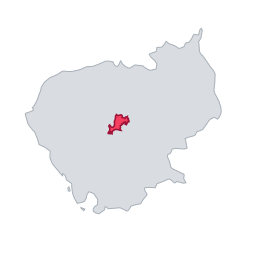 Kampong Svay, Kâmpóng Thum, Cambodia shown in context, rotated 347°
{"feature_id": "14789045B4566000056462", "entity_name": "Kampong Svay", "entity_type": "district", "adm_level": 2, "iso_a3": "KHM", "parent_name": "Cambodia", "parent_adm1": "Kâmpóng Thum", "projection": "mercator", "projection_center": [104.694, 12.753], "detail": "fine", "context": "in_parent", "style": "filled", "palette": "rose", "viewbox_px": 256, "rotation_deg": 347, "n_neighbors": 0, "source": "geoboundaries", "source_scale": "gbopen_adm2", "svg_char_len": 6559}
<svg xmlns="http://www.w3.org/2000/svg" viewBox="0 0 256 256"><g transform="rotate(347 128 128)"><path d="M221.8,47.3L222.4,49.4L220.8,53.3L219.2,56.9L216.1,60.0L216.0,62.3L214.9,69.2L215.3,71.4L216.0,73.2L217.0,74.2L219.7,80.9L222.1,87.0L224.5,92.0L225.0,95.2L222.8,103.2L220.2,110.6L220.4,114.2L221.5,117.9L222.7,122.8L223.1,129.0L222.5,133.1L221.3,135.6L219.1,138.2L217.2,139.5L214.9,137.3L213.0,137.2L210.5,137.9L208.6,138.9L204.6,142.7L200.2,146.4L194.1,147.3L191.7,150.1L189.2,150.5L184.4,150.6L181.2,151.2L181.4,152.6L181.1,159.1L181.2,160.6L180.7,161.0L178.5,161.2L174.8,160.2L169.8,158.6L166.3,158.4L164.5,161.2L163.4,162.3L162.0,162.5L160.6,163.0L160.1,164.2L160.0,165.8L160.7,168.5L161.0,172.8L160.8,175.7L162.1,177.6L169.7,183.8L172.0,185.4L172.2,186.3L170.9,189.7L172.1,194.4L169.7,194.3L165.7,192.3L163.8,191.0L161.5,192.0L160.7,191.8L159.1,189.5L157.1,187.1L155.0,187.0L150.5,187.9L146.0,188.6L144.3,188.5L143.6,189.0L140.9,192.5L139.8,191.9L135.2,190.6L131.0,190.0L130.2,191.0L130.7,193.9L131.6,196.7L131.1,197.9L128.8,199.4L125.7,202.0L123.9,204.1L122.6,204.6L118.0,204.5L113.4,204.8L111.5,206.8L109.8,208.3L108.3,208.7L102.3,203.9L90.4,202.2L89.1,200.0L87.9,199.6L86.8,202.4L80.3,205.1L77.5,203.5L75.5,201.5L75.8,199.1L77.7,197.2L81.0,195.8L82.5,190.8L80.0,184.5L77.8,182.7L75.5,181.3L73.1,183.6L71.1,187.6L69.0,189.7L66.0,190.1L61.6,190.0L59.9,184.0L59.3,178.8L59.9,173.0L60.6,169.5L56.4,164.7L56.1,160.1L54.1,157.8L53.5,159.0L53.6,160.3L53.0,159.3L46.3,145.9L45.2,139.7L46.4,134.9L47.0,133.3L45.1,130.8L42.4,127.9L37.6,124.1L37.3,118.2L36.2,111.1L34.8,108.8L32.6,104.4L31.4,100.9L31.0,91.4L31.6,90.6L35.0,90.3L39.4,89.6L40.1,88.1L39.3,86.8L42.1,84.7L46.0,80.0L49.1,75.0L51.3,71.9L52.7,68.8L57.1,64.4L63.3,61.4L67.5,60.7L71.9,59.7L76.0,58.2L78.0,58.0L83.2,59.8L86.0,60.3L89.0,60.3L92.0,60.4L94.7,60.3L101.0,59.0L107.8,60.0L113.8,59.2L121.3,57.8L124.9,58.7L128.3,60.1L128.7,63.0L129.5,64.4L130.6,65.4L132.1,65.4L134.0,63.4L135.6,61.3L136.1,60.9L136.2,61.9L137.0,64.2L138.4,66.4L139.8,67.9L142.2,69.8L143.8,69.9L148.9,68.1L156.5,70.8L157.4,72.1L159.9,74.9L162.6,76.8L168.5,77.0L170.6,72.1L169.6,69.2L166.2,64.0L165.3,61.0L166.4,60.5L172.1,59.9L173.1,59.3L174.3,56.0L175.9,56.3L179.1,56.8L182.5,54.5L184.5,52.1L185.6,53.2L186.7,54.9L188.0,55.8L190.5,57.3L193.1,59.3L194.8,61.3L196.1,62.1L199.6,61.5L200.5,61.6L202.5,59.2L203.9,57.9L205.0,58.2L206.8,58.2L210.3,55.1L212.4,52.3L213.5,51.6L216.7,53.0L218.0,52.7L219.8,48.8L221.8,47.3ZM57.6,176.1L57.0,176.4L56.4,176.4L55.7,175.9L55.8,173.7L56.3,172.4L57.3,172.2L57.6,176.1ZM67.7,197.3L66.3,198.7L64.2,195.7L64.2,194.9L67.7,197.3Z" fill="#d9dde1" stroke="#a8b0b8" stroke-width="1"/><path d="M120.7,128.8L120.6,128.6L120.5,128.4L120.4,128.1L120.2,127.9L120.1,127.7L120.1,127.4L120.1,127.1L120.1,126.6L120.4,126.5L120.5,126.4L120.7,126.0L120.8,125.9L120.8,125.6L120.9,125.2L120.9,124.7L120.9,124.4L120.9,124.2L121.1,123.9L121.3,123.8L122.1,123.8L122.3,123.8L122.6,123.7L122.8,123.5L122.8,123.3L123.0,123.2L122.8,122.9L122.8,122.7L123.1,122.8L123.9,122.8L124.5,122.6L124.5,122.4L124.5,122.2L124.6,121.6L125.1,121.5L125.4,121.4L125.7,121.4L126.1,121.5L126.4,121.5L126.2,122.0L126.3,122.3L126.5,122.9L126.2,122.9L126.2,123.0L126.3,123.1L126.3,123.3L126.2,123.4L126.0,123.6L126.3,123.8L126.5,123.7L126.7,123.8L126.8,123.8L126.8,124.0L127.0,124.3L127.4,123.7L127.6,123.7L127.8,123.6L127.9,123.4L128.1,123.4L128.1,123.1L127.8,123.3L127.7,123.4L127.5,123.0L127.5,122.8L127.6,122.7L127.8,122.6L128.0,122.7L128.1,122.8L128.1,122.7L128.0,122.3L128.0,122.2L128.3,122.3L128.5,122.2L128.8,122.3L129.2,122.3L129.5,122.3L129.7,122.2L129.8,122.2L130.1,122.1L130.4,122.1L130.5,122.0L130.5,121.8L130.4,121.6L130.5,121.3L130.5,121.1L130.4,121.0L130.2,120.8L130.2,120.6L130.3,120.4L130.2,120.3L130.2,120.5L130.0,120.3L130.0,120.2L130.0,119.9L130.3,119.9L130.4,119.5L130.4,119.4L130.2,119.6L130.3,119.3L130.2,119.3L130.1,119.2L130.0,118.8L130.0,118.5L129.9,118.1L129.7,117.9L129.5,117.7L129.4,117.5L129.5,117.2L129.7,116.9L129.8,116.8L129.9,116.6L129.5,116.7L129.2,116.9L128.9,116.9L128.4,116.7L128.0,116.8L127.8,116.9L127.6,117.1L127.5,117.3L127.4,117.8L127.2,117.9L127.2,117.7L126.9,117.5L125.0,116.6L124.6,116.5L124.5,116.4L124.6,116.2L124.9,115.9L124.9,115.6L125.0,115.5L125.1,115.4L125.2,115.2L125.0,114.6L124.7,114.0L124.3,113.6L123.8,113.5L122.8,113.6L122.1,113.6L120.7,113.5L120.6,113.4L120.4,113.3L120.3,112.9L120.2,112.6L120.0,112.3L119.8,112.2L119.6,112.6L119.0,113.0L118.4,113.7L118.4,114.6L118.4,114.8L118.0,115.2L117.9,115.4L117.9,115.6L117.7,116.0L117.5,116.6L117.3,117.0L116.7,117.7L116.5,118.0L116.3,118.3L116.2,118.6L115.9,119.2L116.0,119.3L116.1,119.8L116.2,120.0L116.0,120.6L115.6,121.2L115.6,121.5L115.4,121.8L115.5,121.9L115.5,122.2L115.3,122.3L115.2,122.5L114.9,122.9L114.5,123.2L114.4,123.4L114.2,123.5L113.8,123.9L113.6,124.0L113.3,123.7L113.0,123.7L112.8,123.6L112.4,123.6L112.0,123.3L111.6,123.1L111.6,122.9L111.6,122.6L111.6,122.3L111.5,122.2L111.4,122.0L111.3,121.8L111.2,121.7L111.0,121.3L110.9,121.4L110.8,121.5L110.8,121.4L110.7,121.5L110.5,121.4L110.4,121.2L110.3,121.3L110.2,121.3L109.9,121.5L109.7,121.8L109.9,122.8L110.0,122.9L110.0,123.0L110.0,123.3L110.1,124.0L110.1,124.3L110.1,124.5L110.1,124.8L109.9,125.4L109.8,125.9L109.7,126.1L109.5,126.3L109.4,126.4L109.4,126.5L109.1,126.7L109.0,126.8L109.4,126.9L109.4,127.0L109.2,127.0L109.4,127.1L109.5,127.2L109.8,127.5L109.7,127.3L109.8,127.2L110.0,127.5L110.4,127.8L110.4,128.0L110.5,128.1L110.4,128.5L110.3,128.8L110.2,128.8L109.9,128.8L109.8,128.7L109.7,128.7L109.7,128.8L109.4,128.8L109.3,128.7L109.3,128.9L109.2,128.8L109.0,128.7L108.8,128.5L108.7,128.6L108.4,128.7L108.2,128.4L108.1,128.2L107.8,128.1L107.6,128.2L107.5,128.3L107.4,128.4L107.4,128.5L107.5,128.8L107.6,129.0L108.2,129.2L108.5,129.3L108.3,129.1L107.9,128.7L108.3,128.9L108.5,129.1L108.8,129.2L109.0,129.4L109.1,129.5L109.3,129.6L109.6,129.5L109.8,129.4L110.0,129.3L110.1,129.2L110.4,129.1L110.6,129.0L110.8,129.0L111.0,129.3L110.9,129.3L110.8,129.5L110.7,129.5L110.8,129.4L110.7,129.4L110.7,129.7L110.9,129.8L111.1,129.8L111.1,129.7L111.2,129.4L111.3,129.3L111.3,129.2L111.5,129.0L111.6,128.8L111.6,128.7L111.5,128.4L111.4,128.3L111.5,128.3L111.6,128.2L112.3,127.7L112.6,127.4L112.8,127.4L113.1,127.2L113.5,127.0L114.0,127.0L114.1,126.9L114.4,126.7L114.5,126.7L115.0,126.7L115.7,126.5L116.5,126.8L116.7,127.0L117.2,127.1L117.5,127.2L118.2,127.5L118.6,127.7L118.9,128.0L119.0,128.0L120.0,128.6L120.7,128.8ZM110.4,129.3L110.4,129.2L110.3,129.3L110.2,129.4L110.6,129.7L110.5,129.3L110.4,129.3L110.4,129.3Z" fill="#f43f5e" stroke="#9f1239" stroke-width="1.5"/></g></svg>